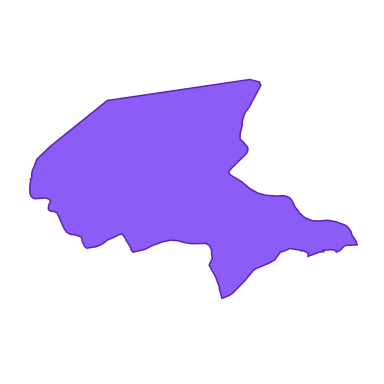 map outline of Shabwah (Albers equal-area conic projection), rotated 356°
{"feature_id": "YEM-336", "entity_name": "Shabwah", "entity_type": "Governorate", "adm_level": 1, "iso_a3": "YEM", "parent_name": "Yemen", "parent_adm1": "", "projection": "albers", "projection_center": [47.196, 14.654], "detail": "fine", "context": "isolated", "style": "filled", "palette": "violet", "viewbox_px": 384, "rotation_deg": 356, "n_neighbors": 0, "source": "natural_earth", "source_scale": "10m", "svg_char_len": 1973}
<svg xmlns="http://www.w3.org/2000/svg" viewBox="0 0 384 384"><g transform="rotate(356 192 192)"><path d="M353.8,256.2L341.8,256.0L340.1,256.6L335.5,260.6L334.6,261.0L333.7,261.1L332.9,261.3L332.0,262.1L330.1,259.8L326.5,259.2L318.6,259.3L318.9,259.7L319.3,260.7L315.1,260.8L303.2,264.3L303.7,261.8L302.1,260.1L299.8,258.9L298.2,257.8L297.5,258.6L294.7,257.3L285.5,255.1L284.0,255.9L278.5,257.6L276.7,257.9L275.3,258.9L270.1,265.2L265.5,267.7L249.7,273.2L247.5,274.7L239.1,283.6L225.9,295.4L222.0,297.8L214.5,300.2L214.4,300.1L213.5,294.7L212.7,292.1L212.5,287.9L209.4,277.7L204.0,266.4L205.1,263.9L206.4,262.0L207.7,259.3L207.2,255.9L207.4,251.1L205.9,246.7L202.3,244.3L188.1,243.5L181.2,242.0L174.6,239.6L167.3,238.6L159.4,239.6L149.1,242.5L140.9,246.0L129.0,247.9L127.2,245.4L126.6,242.5L123.1,236.0L121.6,232.1L119.2,229.1L116.2,229.4L113.0,230.9L103.9,234.2L100.8,236.5L97.0,238.4L92.3,239.9L83.0,240.7L80.8,238.5L80.4,236.7L79.4,234.9L79.3,233.5L78.9,232.3L79.0,231.0L78.7,229.9L76.7,228.4L72.4,226.6L67.7,225.7L64.1,223.3L61.9,219.6L56.2,204.0L53.8,202.1L49.4,201.1L47.5,199.4L47.7,196.8L48.4,194.7L49.7,192.5L50.2,190.6L48.4,189.0L46.1,187.8L34.6,187.7L32.3,186.4L31.1,184.9L30.2,181.9L30.5,176.2L31.0,173.0L31.7,170.2L31.7,168.9L31.5,168.0L32.8,167.1L33.3,165.7L33.2,163.9L34.1,159.7L36.5,155.2L37.4,153.0L39.5,148.5L53.8,136.6L113.9,94.8L257.6,83.8L266.9,87.0L268.1,90.4L254.9,111.4L250.4,116.7L248.1,121.9L247.0,125.6L247.0,128.2L244.1,137.2L243.8,140.1L243.8,142.8L246.3,145.4L250.6,151.1L250.7,154.3L249.1,157.3L232.5,171.6L230.1,174.6L230.9,177.2L242.3,185.2L249.6,192.4L257.4,197.6L265.4,200.4L275.9,201.9L283.5,202.1L286.0,203.0L288.7,204.4L290.7,206.8L292.7,211.0L293.8,214.3L296.3,217.6L297.8,220.5L302.9,225.6L310.4,229.2L317.2,229.8L325.2,229.6L333.9,231.8L343.3,236.2L345.6,238.8L347.1,241.1L348.0,243.1L348.3,245.0L348.9,246.7L351.8,251.8L352.6,253.9L352.8,255.3L352.9,256.1L353.8,256.2Z" fill="#8b5cf6" stroke="#5b21b6" stroke-width="1.5"/></g></svg>